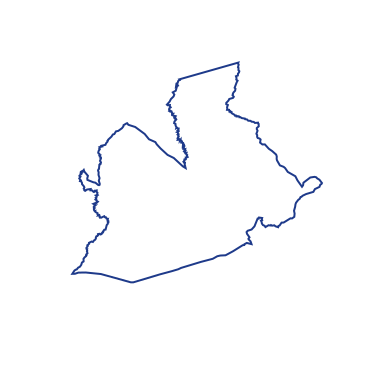 the district of Kasenengwa, Eastern, Zambia, rotated 33°
{"feature_id": "96606910B99834275279733", "entity_name": "Kasenengwa", "entity_type": "district", "adm_level": 2, "iso_a3": "ZMB", "parent_name": "Zambia", "parent_adm1": "Eastern", "projection": "robinson", "projection_center": [32.185, -13.669], "detail": "fine", "context": "isolated", "style": "outline", "palette": "blue", "viewbox_px": 384, "rotation_deg": 33, "n_neighbors": 0, "source": "geoboundaries", "source_scale": "gbopen_adm2", "svg_char_len": 6049}
<svg xmlns="http://www.w3.org/2000/svg" viewBox="0 0 384 384"><g transform="rotate(33 192 192)"><path d="M210.8,98.6L210.2,98.6L209.6,97.9L207.2,99.8L205.6,99.6L203.6,100.6L202.4,100.4L200.3,101.6L198.6,101.2L196.9,102.0L196.4,101.6L193.5,102.9L191.7,102.9L191.0,103.5L190.4,103.0L189.1,103.4L189.0,103.9L188.1,104.5L187.4,103.9L186.4,104.6L185.6,104.1L182.4,104.3L181.6,103.4L180.7,104.1L180.1,103.4L179.5,104.1L178.4,102.9L176.6,104.0L176.1,102.7L175.2,101.8L174.7,99.5L172.9,99.7L172.2,98.6L172.8,95.4L172.6,93.7L175.1,90.8L175.2,89.4L173.2,88.7L173.2,87.9L172.7,87.2L172.6,85.8L173.0,83.6L172.2,81.7L171.0,81.4L169.7,75.5L169.6,73.8L167.9,73.6L167.3,72.2L165.8,71.0L167.0,69.3L166.1,67.7L166.3,66.2L165.9,64.9L164.7,64.6L163.3,62.5L162.6,62.3L161.8,59.8L160.7,59.3L160.4,58.2L120.4,104.0L120.9,104.0L121.0,104.4L120.1,105.7L120.0,106.7L120.6,108.2L119.9,109.5L121.1,112.1L121.7,110.1L122.3,110.4L121.8,111.3L123.2,115.9L121.6,118.9L124.1,119.9L124.5,121.9L123.7,125.6L124.0,128.4L123.4,132.4L124.4,132.5L126.1,131.1L126.6,132.1L128.0,132.6L127.4,134.2L127.8,135.2L128.8,135.5L128.7,136.5L130.0,136.5L130.8,135.5L132.1,136.4L132.6,137.2L133.4,136.7L133.2,138.0L133.5,138.4L137.0,137.3L137.0,138.0L136.3,138.9L136.6,139.4L137.5,139.8L138.3,139.2L139.3,139.7L138.9,142.4L139.5,144.0L141.1,143.9L142.0,145.2L143.7,146.2L144.0,147.0L144.4,146.2L145.3,146.4L146.2,146.0L146.7,147.1L146.5,147.9L147.2,147.7L147.7,148.2L146.9,149.9L147.7,149.8L148.5,150.7L149.1,150.8L148.8,151.7L149.4,151.7L149.9,152.5L150.5,152.5L150.6,154.9L151.5,155.4L151.6,156.1L151.9,155.9L152.1,154.5L153.5,154.8L153.8,155.4L153.9,154.2L154.6,155.3L155.4,154.8L156.1,155.1L156.1,156.4L157.9,155.7L158.4,156.1L158.2,156.6L158.6,157.1L159.5,156.7L160.4,157.4L160.1,158.6L159.5,158.8L160.0,159.7L160.9,159.0L161.2,160.5L162.3,160.0L162.6,160.5L163.0,159.9L163.2,160.5L163.8,160.6L163.2,162.3L164.1,162.5L164.3,162.0L164.7,162.4L165.3,162.2L165.4,162.7L166.0,162.2L166.2,163.3L167.8,163.6L167.9,164.4L169.2,165.0L168.2,166.2L168.6,166.3L168.4,167.0L168.9,167.8L168.4,168.1L168.5,168.9L168.0,169.0L168.6,170.8L168.4,171.3L168.9,171.5L169.1,171.0L169.7,171.7L170.2,171.4L171.2,173.4L171.7,173.6L171.7,174.6L172.2,174.9L172.9,174.7L173.6,175.4L170.4,175.5L158.2,173.4L151.3,174.2L141.9,172.6L136.4,171.2L134.1,170.1L127.2,171.2L120.7,169.1L109.0,168.4L102.0,170.3L100.2,169.6L99.8,170.0L98.2,173.2L98.7,174.4L98.5,176.7L96.9,180.9L95.2,182.6L95.3,185.7L94.3,186.9L94.3,189.4L93.2,193.8L93.5,194.5L93.2,195.1L93.7,195.8L93.4,197.9L93.7,199.6L90.6,202.8L90.5,203.7L91.1,203.6L90.0,204.8L90.5,205.0L90.6,205.7L91.1,206.1L90.9,206.5L91.4,206.7L91.3,208.2L91.8,209.9L92.5,210.5L93.5,210.4L94.0,211.1L94.9,211.0L94.7,211.8L95.1,211.8L95.4,212.6L96.8,212.6L97.4,213.5L97.1,214.0L97.6,214.6L97.9,216.0L99.5,216.7L100.0,218.1L99.5,218.4L99.5,219.1L99.8,219.0L99.8,220.2L101.4,223.3L101.2,224.1L101.6,225.3L102.9,226.2L104.3,228.6L106.9,230.7L107.7,233.3L110.2,235.4L110.6,236.3L110.3,236.9L109.4,237.2L105.9,236.8L103.9,237.6L97.7,238.8L96.7,237.6L95.9,235.1L90.6,233.5L89.2,232.4L89.1,233.2L90.0,233.9L88.5,234.2L87.8,235.7L88.2,236.6L88.7,235.7L89.2,235.9L89.5,237.0L88.7,239.6L89.5,240.4L90.1,240.2L90.1,242.1L92.2,242.7L91.9,243.3L92.1,243.9L93.2,243.4L94.8,244.3L95.5,245.3L98.2,246.1L99.2,246.7L99.4,248.2L100.7,248.6L100.8,249.2L101.3,249.3L101.8,249.2L102.6,247.1L105.4,244.7L105.9,245.9L107.2,245.1L109.2,245.5L109.4,245.0L109.9,245.1L110.2,244.3L110.0,243.9L110.7,243.7L110.6,243.2L111.2,242.6L112.0,243.9L113.1,244.1L113.6,245.4L114.5,245.8L113.2,247.3L114.5,247.6L114.9,248.9L114.5,249.4L115.4,250.0L115.2,250.9L116.5,250.9L116.9,251.5L118.3,251.4L117.9,253.2L117.1,253.7L115.8,255.6L117.3,255.5L117.2,256.1L117.7,256.4L118.2,256.0L117.7,258.0L118.4,258.8L119.1,258.6L119.0,259.8L119.8,260.6L120.5,260.9L120.9,260.6L120.9,260.9L121.8,261.3L124.4,261.2L125.0,262.3L126.1,262.3L126.1,262.6L126.8,261.8L127.8,262.6L127.9,263.2L128.8,263.6L129.0,263.1L129.8,263.0L131.6,260.1L132.7,260.6L133.5,260.1L134.6,260.8L135.4,260.5L136.4,261.6L136.5,261.3L136.7,261.8L137.5,261.9L137.6,262.4L137.9,262.2L138.4,263.0L138.1,263.3L138.7,264.6L138.5,266.2L140.0,270.6L139.0,271.4L138.9,273.3L139.2,273.3L139.4,274.5L138.8,275.1L139.1,276.0L138.7,276.3L138.8,276.9L138.5,277.4L137.2,277.4L136.1,278.5L136.8,279.2L136.4,280.1L136.6,280.5L135.9,281.4L136.2,282.7L136.7,283.3L136.8,284.7L136.2,286.0L136.1,287.9L134.8,288.2L133.3,290.7L133.9,291.4L133.5,292.9L133.9,294.0L133.6,294.1L134.0,294.5L133.9,296.5L134.5,297.1L135.1,297.0L135.1,297.5L136.2,298.4L136.2,299.0L137.7,300.3L137.3,302.0L137.6,302.8L138.0,302.7L138.1,303.4L137.5,305.3L137.4,307.1L138.9,309.3L138.1,311.1L138.8,313.4L138.7,315.7L137.7,317.5L137.5,319.7L136.7,320.6L136.2,322.0L136.2,325.8L138.4,324.3L140.6,321.5L146.7,317.4L160.3,310.4L189.8,301.1L192.0,299.7L210.0,278.5L218.1,269.5L222.6,264.2L224.2,261.6L237.6,245.7L245.8,236.7L248.2,232.1L250.3,229.9L254.6,226.8L258.7,219.3L263.5,209.0L264.7,208.0L264.4,207.3L265.7,204.9L270.3,203.3L268.0,201.5L265.3,200.9L264.8,200.5L264.9,198.7L260.9,197.1L259.6,195.9L259.8,194.2L262.4,191.0L263.1,186.8L261.5,178.5L262.4,178.1L262.1,176.9L265.0,175.6L265.3,176.7L266.2,177.4L265.5,178.5L266.7,179.2L267.8,180.4L269.5,181.1L271.3,180.8L272.7,181.4L274.3,178.2L276.0,177.4L276.2,176.7L277.4,176.7L279.2,175.1L280.7,175.3L283.4,174.6L283.0,173.4L283.7,172.4L283.8,168.9L285.5,167.7L288.9,160.5L290.3,159.7L291.3,157.1L289.8,154.2L287.8,152.2L286.5,148.1L285.5,146.0L285.1,144.3L285.4,140.6L286.0,139.2L285.8,137.1L286.4,136.5L286.8,134.9L288.8,131.6L293.7,125.8L293.5,122.6L296.1,118.3L295.6,116.0L296.2,114.9L296.1,113.7L292.2,112.3L289.5,112.4L288.3,112.0L286.6,112.5L283.3,115.4L280.4,123.5L281.5,125.9L281.4,127.7L274.1,124.8L270.1,122.5L261.4,123.0L257.0,121.2L255.1,121.0L251.2,121.8L246.1,119.2L245.0,118.2L243.7,116.0L242.2,114.8L236.9,114.0L232.9,113.9L227.2,112.4L225.1,113.8L222.2,113.5L220.9,110.6L219.5,110.4L217.7,110.9L216.6,110.3L215.7,108.8L214.3,108.1L213.6,104.9L212.0,103.9L211.5,103.0L212.2,100.6L210.8,98.6Z" fill="none" stroke="#1e3a8a" stroke-width="2"/></g></svg>